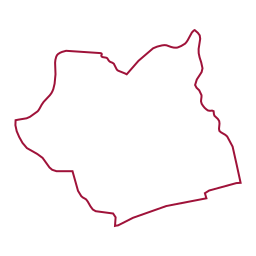 outline of Maritime
{"feature_id": "TGO-87", "entity_name": "Maritime", "entity_type": "Region", "adm_level": 1, "iso_a3": "TGO", "parent_name": "Togo", "parent_adm1": "", "projection": "natural_earth1", "projection_center": [1.275, 6.502], "detail": "fine", "context": "isolated", "style": "outline", "palette": "rose", "viewbox_px": 256, "rotation_deg": 0, "n_neighbors": 0, "source": "natural_earth", "source_scale": "10m", "svg_char_len": 1610}
<svg xmlns="http://www.w3.org/2000/svg" viewBox="0 0 256 256"><path d="M115.0,225.9L115.6,217.3L113.1,213.5L95.7,211.2L92.8,209.5L90.5,206.4L87.7,201.5L86.1,199.4L84.5,198.4L83.0,197.6L81.3,196.2L78.0,190.8L72.5,171.2L56.5,171.2L52.2,169.8L49.5,167.5L42.6,157.9L37.3,154.0L26.9,148.1L22.5,142.9L19.2,137.0L16.7,131.2L15.4,125.2L15.6,120.2L18.1,119.7L26.6,118.3L30.0,116.8L37.4,111.5L38.2,110.7L39.5,108.7L41.7,104.7L43.7,101.8L49.8,95.3L51.3,93.3L52.3,91.5L53.3,89.1L54.6,83.7L55.5,74.3L55.1,62.7L55.4,59.8L56.2,56.8L57.0,55.2L58.0,54.1L60.0,52.8L62.1,51.9L66.1,50.8L100.4,53.1L101.4,53.4L101.8,54.1L101.3,55.8L101.7,56.6L102.6,57.1L106.2,57.7L107.2,58.2L107.8,59.1L108.4,60.1L109.1,61.0L109.9,61.7L111.0,62.2L112.1,62.6L113.4,63.4L113.9,63.8L114.1,64.3L116.6,69.2L117.3,70.1L118.2,70.7L124.9,73.4L126.7,74.3L138.5,60.8L153.1,48.3L157.2,46.6L162.0,45.4L164.5,45.1L166.5,45.3L171.2,47.0L173.8,47.6L176.3,47.7L177.6,47.5L181.2,46.0L185.0,43.7L186.3,42.3L187.6,40.4L191.9,32.5L193.7,30.6L194.7,30.1L197.8,32.8L199.7,35.4L200.2,38.8L198.6,49.0L198.7,53.2L199.6,57.4L201.2,62.4L202.5,68.3L201.6,72.1L200.0,74.6L196.8,79.5L195.1,85.0L196.5,87.7L199.2,90.3L201.5,95.2L201.5,97.0L201.2,99.1L201.0,101.3L201.7,103.8L203.0,105.8L204.6,107.8L206.4,109.4L208.0,110.5L210.0,110.8L212.1,110.6L213.6,111.2L213.9,114.0L214.4,115.7L217.9,119.0L219.2,121.1L219.5,123.6L219.0,128.8L219.4,130.9L220.8,132.2L225.4,134.9L227.2,136.5L232.6,146.6L236.7,164.9L240.6,182.8L236.3,183.1L209.2,190.5L204.9,193.2L206.4,198.3L166.4,206.0L133.0,217.8L118.0,225.4L116.3,225.6L115.0,225.9Z" fill="none" stroke="#9f1239" stroke-width="2"/></svg>